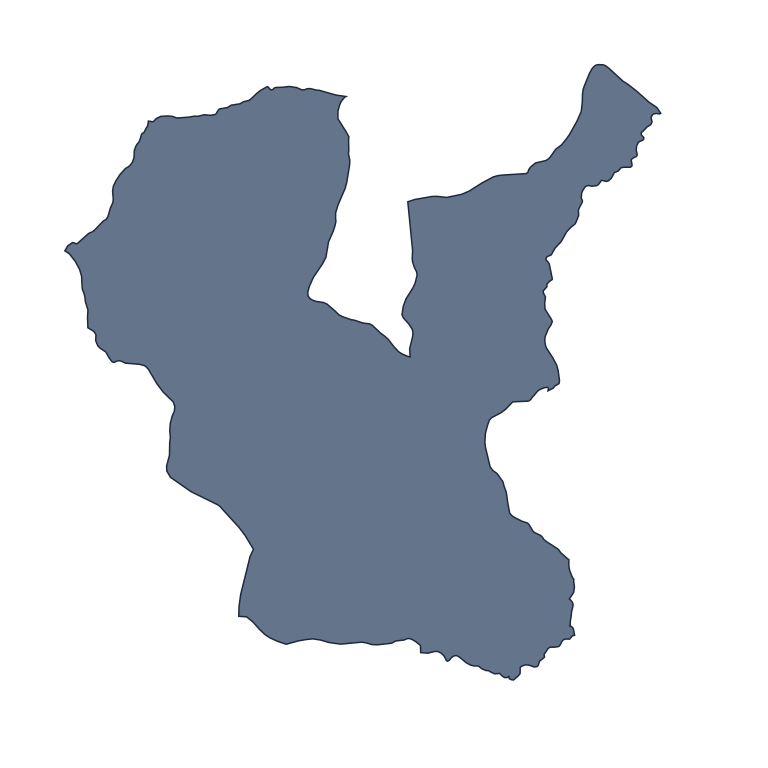 Belen, Nariño, Colombia (Albers equal-area conic projection), rotated 84°
{"feature_id": "7082276B96726097904374", "entity_name": "Belen", "entity_type": "district", "adm_level": 2, "iso_a3": "COL", "parent_name": "Colombia", "parent_adm1": "Nariño", "projection": "albers", "projection_center": [-77.044, 1.595], "detail": "fine", "context": "isolated", "style": "filled", "palette": "slate", "viewbox_px": 768, "rotation_deg": 84, "n_neighbors": 0, "source": "geoboundaries", "source_scale": "gbopen_adm2", "svg_char_len": 6100}
<svg xmlns="http://www.w3.org/2000/svg" viewBox="0 0 768 768"><g transform="rotate(84 384 384)"><path d="M578.0,218.5L577.0,219.7L570.3,225.8L567.0,227.7L565.3,229.5L558.0,238.6L555.6,241.1L552.1,243.0L550.9,244.2L547.7,249.4L546.5,250.9L538.8,254.6L537.2,255.9L535.0,261.0L529.7,269.1L527.8,271.0L525.5,272.5L515.9,273.3L504.4,273.7L498.0,275.3L493.5,276.0L484.8,281.0L481.5,284.7L477.5,287.1L457.7,289.7L452.7,289.8L443.8,288.3L436.0,285.4L431.0,283.0L428.7,280.4L424.8,270.6L421.8,265.6L415.2,257.8L416.1,243.4L415.9,241.3L414.5,239.5L412.3,237.6L411.4,236.3L407.0,231.9L405.6,229.2L404.4,224.5L404.4,222.2L404.7,221.4L405.5,220.9L407.9,221.6L405.9,216.2L403.9,214.4L401.9,209.9L399.2,209.1L388.8,209.4L383.3,210.3L375.3,213.5L365.8,218.4L363.5,219.2L359.9,219.6L356.6,219.4L353.5,218.7L346.2,214.7L342.5,211.6L339.5,210.1L337.2,210.7L326.5,216.0L320.8,215.8L314.3,214.3L310.3,215.9L309.4,216.0L308.1,215.9L304.3,211.8L301.7,211.5L299.1,208.6L297.9,206.1L297.3,205.6L282.4,207.0L280.8,207.5L277.6,209.8L275.8,209.7L274.4,208.5L273.1,204.2L266.8,199.7L260.8,192.8L251.7,186.4L247.8,181.9L245.1,177.6L243.3,176.2L236.8,172.8L231.9,172.5L230.2,172.0L223.7,167.7L222.4,167.5L220.4,168.2L218.8,168.3L214.6,167.4L212.5,166.2L209.3,163.7L208.5,162.7L207.9,160.3L209.0,156.5L209.0,151.8L208.0,149.9L204.4,146.5L204.3,145.6L205.8,141.8L205.6,140.0L203.7,137.1L202.7,136.1L197.8,132.8L196.7,128.8L193.7,125.7L193.5,122.7L194.2,116.4L193.7,115.4L192.6,114.4L187.2,114.7L186.4,114.3L185.2,112.4L184.1,109.2L183.2,108.5L182.0,108.2L177.7,108.7L173.7,107.9L170.5,105.9L169.8,105.0L168.3,100.6L167.2,100.0L166.0,99.9L163.5,101.8L162.5,102.1L160.6,101.6L160.0,100.4L155.8,95.4L154.2,92.0L153.2,91.0L151.3,90.0L146.9,90.6L144.2,88.8L143.7,88.0L143.4,84.9L144.2,81.8L143.7,80.5L137.6,83.7L131.5,90.9L119.7,101.6L111.4,110.1L107.9,114.6L92.8,128.0L90.7,130.4L89.5,132.5L88.8,137.0L89.0,139.8L90.3,142.1L92.0,144.0L96.5,147.2L108.3,153.5L111.7,155.1L117.0,156.4L124.4,157.3L133.7,159.4L142.9,164.7L155.3,173.5L159.0,176.7L164.7,182.4L168.5,188.7L175.8,195.1L177.7,197.6L178.7,199.7L180.0,210.2L183.2,215.1L185.6,217.4L188.5,218.8L189.6,220.6L188.6,244.4L188.7,249.1L189.5,253.8L194.2,265.3L201.1,279.3L203.5,287.0L205.0,302.2L202.9,311.7L202.5,316.3L203.7,334.1L205.3,341.3L254.3,341.6L262.1,342.8L265.7,342.8L272.0,341.4L275.7,339.9L279.2,339.7L287.2,342.6L291.0,344.9L301.6,353.2L308.7,356.7L316.9,358.9L320.3,357.8L327.0,353.0L332.6,350.2L335.9,349.8L340.0,350.6L351.6,354.8L359.8,355.2L358.8,357.9L355.9,363.0L353.4,366.1L347.9,370.3L340.0,375.1L336.2,378.6L332.9,382.2L324.3,389.6L322.7,392.0L321.2,398.4L317.4,406.9L316.4,410.5L312.6,418.4L310.4,421.7L306.3,425.0L298.6,432.3L296.6,435.8L294.8,442.7L293.4,445.8L291.6,448.4L288.8,450.2L284.9,450.3L279.2,448.1L270.6,443.1L258.1,432.6L251.9,428.5L236.8,424.3L226.7,418.5L221.2,416.1L217.2,414.8L214.1,414.8L208.7,414.2L201.5,411.2L185.4,402.2L179.7,400.0L162.9,395.4L157.8,394.6L151.5,395.3L148.1,394.6L137.4,393.7L134.5,393.1L129.0,395.4L115.4,402.1L107.8,401.3L101.5,398.8L98.6,397.0L96.3,394.8L94.7,393.1L94.1,391.8L91.6,401.6L85.0,418.1L84.8,420.0L82.5,426.4L82.3,429.4L83.0,432.1L83.0,434.0L82.7,435.3L80.1,439.8L78.2,447.1L78.3,453.5L77.8,460.4L78.0,461.8L79.5,463.9L79.9,465.1L78.8,466.6L76.4,468.3L76.1,469.2L79.1,476.1L81.5,479.9L86.4,486.3L87.9,488.8L88.6,494.2L90.3,498.0L90.7,506.8L92.4,510.1L92.7,511.2L93.3,519.0L94.5,520.4L97.8,522.8L98.4,523.9L98.6,528.9L97.4,534.6L98.3,540.9L97.8,545.0L98.2,549.5L97.9,560.4L97.6,562.7L95.7,566.5L94.8,571.0L94.5,578.2L96.1,582.5L98.9,585.9L98.9,587.1L97.9,590.8L102.7,592.1L104.2,593.4L109.0,596.6L109.4,598.2L111.1,599.4L114.7,600.8L118.0,602.6L119.1,604.0L121.7,606.0L125.9,608.0L132.7,608.9L136.9,610.9L139.6,613.3L141.0,615.0L142.7,618.7L147.9,624.5L154.1,629.5L159.2,632.6L164.2,633.8L171.3,633.9L175.1,634.6L180.1,637.6L188.3,640.9L190.5,642.5L191.6,643.9L192.6,646.2L200.9,656.0L202.4,658.7L202.9,660.8L203.7,662.5L212.3,674.4L212.3,675.7L211.4,677.1L210.8,679.0L213.4,683.9L218.2,687.5L221.6,683.3L230.2,678.0L238.4,674.7L245.4,673.5L256.6,674.1L259.3,673.9L261.5,673.1L265.5,672.4L270.7,672.4L279.5,670.7L286.7,671.9L297.1,672.6L301.2,667.2L304.8,665.3L310.8,666.2L316.3,664.6L319.0,662.3L323.1,657.3L329.0,654.8L333.1,652.4L334.1,651.0L334.3,649.9L333.2,647.0L333.2,644.9L333.7,643.0L336.2,639.1L338.8,625.4L340.6,620.5L341.8,618.9L345.1,616.6L360.1,609.8L369.0,604.4L379.8,595.5L384.6,594.4L389.3,595.4L393.7,598.0L400.9,600.7L407.8,601.9L415.1,602.1L420.2,603.3L432.4,604.8L442.9,608.8L447.9,609.1L454.5,606.1L470.9,587.2L486.7,562.1L488.2,560.3L511.5,543.2L519.7,538.2L534.7,531.1L541.5,535.2L578.2,548.5L590.4,551.5L599.9,552.7L601.2,545.0L607.0,539.2L615.1,533.4L620.5,528.8L624.6,523.9L628.7,516.9L632.6,508.5L630.5,495.6L630.0,488.1L630.0,481.6L631.9,474.2L635.4,465.6L637.9,455.5L638.2,454.0L638.4,433.3L639.6,428.8L641.9,423.2L642.7,417.6L642.6,404.3L642.4,402.9L640.8,399.3L640.7,390.7L639.8,388.1L639.7,385.7L640.9,382.9L643.5,379.4L646.9,375.9L648.1,375.1L655.0,375.6L656.3,368.4L655.3,361.6L655.5,359.2L656.1,357.7L657.4,355.6L659.4,353.7L661.8,352.2L665.5,350.9L666.3,349.9L665.7,348.0L663.3,345.7L662.0,343.5L661.6,341.7L661.8,339.9L663.4,337.6L669.7,331.5L672.5,327.5L673.8,324.1L674.2,320.2L674.9,318.9L677.2,316.8L678.1,315.3L679.6,312.6L680.1,309.9L681.3,308.4L683.9,304.1L683.9,299.3L687.0,296.8L688.5,294.9L688.8,293.2L688.7,292.2L687.9,291.0L688.0,290.2L690.0,290.3L690.4,289.9L691.5,288.0L691.9,286.1L688.5,281.2L686.6,279.2L685.6,278.8L680.3,278.2L679.6,277.5L679.0,276.4L678.1,272.7L678.4,270.7L679.1,268.5L681.2,264.1L681.0,261.2L679.9,260.0L676.6,258.6L675.7,257.9L672.7,253.2L672.0,252.9L669.7,253.1L664.2,248.4L663.1,246.4L663.6,241.2L663.3,237.6L662.1,236.2L659.2,234.4L657.2,232.5L656.6,230.4L657.1,226.0L654.2,223.0L653.8,220.7L647.2,221.3L646.1,221.8L644.8,223.0L643.8,224.6L643.0,223.9L639.8,223.6L634.5,222.1L630.3,221.3L626.2,219.8L623.3,219.0L620.8,219.4L618.2,221.1L617.4,222.1L617.0,222.0L611.2,217.2L605.9,215.8L600.5,216.0L597.9,215.6L596.8,216.5L593.2,217.7L588.5,218.9L584.4,219.2L578.0,218.5Z" fill="#64748b" stroke="#1e293b" stroke-width="1.5"/></g></svg>